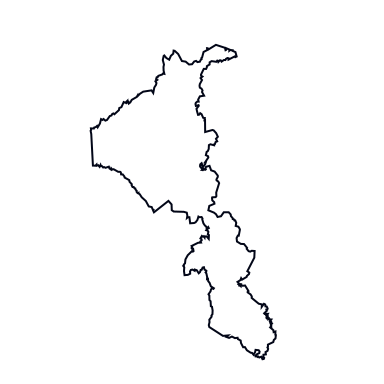 Zapotiltic, Jalisco, Mexico (Equal Earth projection), rotated 12°
{"feature_id": "50627088B15187841007732", "entity_name": "Zapotiltic", "entity_type": "district", "adm_level": 2, "iso_a3": "MEX", "parent_name": "Mexico", "parent_adm1": "Jalisco", "projection": "equal_earth", "projection_center": [-103.32, 19.618], "detail": "fine", "context": "isolated", "style": "outline", "palette": "ink", "viewbox_px": 384, "rotation_deg": 12, "n_neighbors": 0, "source": "geoboundaries", "source_scale": "gbopen_adm2", "svg_char_len": 6046}
<svg xmlns="http://www.w3.org/2000/svg" viewBox="0 0 384 384"><g transform="rotate(12 192 192)"><path d="M81.4,156.2L89.6,186.8L92.1,186.3L92.9,185.0L93.3,186.1L94.7,185.3L96.4,186.6L96.9,184.6L97.4,185.5L98.3,185.3L100.0,186.5L100.8,185.9L102.4,186.3L105.4,184.5L106.3,186.1L108.2,186.9L108.2,185.7L109.4,186.6L110.6,186.0L115.6,187.6L117.6,187.2L118.3,187.6L119.0,189.5L120.6,189.2L122.7,190.9L123.1,191.9L128.1,193.4L128.8,195.0L131.5,196.9L131.5,197.9L132.8,199.5L133.9,199.2L134.9,200.3L135.8,200.3L136.2,201.3L137.7,202.4L137.7,203.3L138.9,204.3L139.7,203.9L139.7,204.5L141.3,205.0L143.9,207.6L148.7,210.4L152.7,215.1L155.7,215.1L157.3,217.4L158.0,217.4L157.9,218.3L159.0,219.8L170.8,205.6L174.6,208.4L176.0,214.0L178.2,214.9L188.1,213.1L191.2,213.3L192.4,216.2L192.5,218.4L193.2,217.5L194.7,217.2L196.7,223.0L200.5,221.9L201.8,220.9L203.1,218.2L203.4,214.7L204.6,215.1L206.6,214.5L207.8,215.8L207.7,216.6L209.7,220.3L211.6,222.1L213.3,223.0L213.9,224.7L215.0,224.1L215.3,223.1L215.9,223.8L214.5,225.0L213.9,226.4L215.3,226.5L216.3,227.6L216.3,230.1L217.5,230.6L218.1,234.4L215.6,232.4L213.7,232.8L213.8,233.9L212.7,232.8L212.0,233.5L210.8,232.9L209.9,235.7L211.2,236.3L211.5,237.3L210.5,238.6L211.3,239.6L208.5,240.4L202.8,244.9L203.6,245.7L203.2,246.9L203.9,247.6L204.9,247.3L205.8,249.5L205.2,250.2L204.2,249.9L201.0,254.7L199.6,259.3L200.0,263.2L199.1,264.7L199.4,265.8L198.9,266.2L200.1,267.3L200.6,271.0L202.0,274.9L205.2,273.9L207.2,272.3L206.6,270.1L207.1,268.5L208.5,267.8L211.0,268.5L210.9,267.3L212.9,267.5L215.5,270.1L216.5,268.6L216.7,266.4L217.6,266.1L218.1,263.7L219.3,263.1L220.4,265.3L222.4,266.0L222.5,267.1L222.0,267.8L223.0,268.7L224.5,272.0L224.8,274.1L225.7,273.6L226.4,275.9L228.0,277.1L230.1,280.4L233.4,281.6L233.1,282.3L231.5,281.9L230.8,283.7L230.8,285.3L229.4,288.6L230.5,289.7L231.5,294.0L232.9,295.0L234.2,299.8L235.4,300.1L236.8,303.6L237.4,307.3L236.7,308.8L237.1,309.9L235.5,313.3L236.2,315.7L236.1,318.7L237.0,320.5L252.2,326.3L257.1,324.8L255.7,326.6L258.6,327.0L261.1,325.1L264.4,326.0L266.9,325.1L267.5,326.3L270.5,327.2L271.3,329.5L274.3,333.2L276.0,332.7L278.6,335.4L282.8,337.0L284.2,336.9L286.0,338.4L287.0,335.5L287.0,333.2L290.1,332.9L291.3,334.0L291.3,335.6L289.1,337.3L288.0,339.0L288.3,339.6L289.6,339.2L290.3,339.7L290.8,339.1L292.2,339.9L294.0,338.7L295.7,340.9L296.9,340.4L297.1,339.2L296.0,338.3L295.7,336.3L298.0,335.5L297.2,333.3L298.9,331.7L299.1,329.6L298.1,328.3L298.5,327.7L298.0,325.5L302.7,321.9L302.8,319.7L304.1,317.9L303.8,314.5L303.2,314.3L302.6,311.1L301.0,312.1L300.3,310.2L296.8,308.3L297.6,307.5L296.9,306.9L297.3,306.1L296.2,304.3L297.2,304.8L297.6,303.9L296.7,303.5L296.5,302.7L296.0,303.0L296.0,302.1L295.2,301.7L296.0,300.2L294.0,300.4L293.6,299.7L292.9,300.5L292.1,298.2L291.3,299.9L290.9,299.6L290.9,297.9L290.4,297.4L290.9,297.2L291.5,295.4L288.5,296.2L287.8,295.7L289.8,292.8L289.2,291.6L290.1,291.3L290.2,290.2L288.9,288.5L287.6,288.6L287.0,286.8L285.6,286.4L284.1,289.8L283.7,287.4L280.5,287.4L272.4,283.2L272.2,281.7L270.6,280.0L267.3,278.6L267.2,277.7L267.8,277.1L263.3,272.4L261.1,273.2L259.2,272.5L259.3,274.0L258.2,273.3L257.7,273.7L257.3,273.1L258.1,272.1L256.6,272.3L256.8,271.6L255.2,270.5L257.7,268.1L258.0,266.1L259.2,267.3L263.1,263.7L263.2,262.6L264.8,260.4L264.8,258.9L262.6,258.0L266.6,243.3L265.5,236.7L262.6,237.1L261.4,238.2L259.7,238.1L257.3,236.2L257.5,235.2L253.7,232.1L250.5,232.6L246.3,231.1L245.2,227.8L245.9,225.1L246.8,225.0L246.7,218.9L246.2,218.0L244.6,216.3L241.8,216.1L241.7,213.0L240.2,210.8L239.4,211.0L238.6,210.0L237.5,210.0L237.3,209.2L235.1,207.5L234.5,205.9L232.1,204.2L227.3,205.2L225.4,209.7L222.2,211.1L220.2,208.8L217.8,207.6L211.8,206.5L211.8,202.0L216.4,198.8L215.8,197.3L213.6,196.0L212.8,193.7L212.9,193.0L216.2,192.1L216.7,191.0L215.8,187.5L216.7,177.7L215.5,176.3L213.6,175.5L213.3,174.6L214.1,171.8L213.8,170.6L209.9,167.3L206.2,166.8L203.7,162.8L200.5,164.4L200.2,165.8L200.8,167.0L200.2,167.6L199.1,167.2L198.1,168.4L197.3,168.4L198.4,167.1L197.2,166.1L196.8,167.1L194.7,165.5L195.0,164.9L194.3,164.2L194.4,163.1L195.4,161.8L196.1,162.8L195.9,163.3L197.8,164.8L199.1,162.0L199.3,160.1L198.6,160.3L200.8,154.9L200.3,153.7L197.9,153.1L198.0,149.7L199.0,148.6L199.4,146.4L198.8,142.6L200.1,141.5L203.9,141.7L203.7,140.9L204.4,140.5L204.7,138.2L206.1,137.2L204.4,135.0L205.8,132.6L203.4,129.4L200.4,127.2L199.1,127.1L192.4,130.6L189.8,119.0L189.3,119.2L189.2,117.0L187.5,117.1L185.2,113.9L183.6,113.2L183.0,114.8L181.9,115.3L180.3,112.3L179.1,109.7L180.7,106.3L180.3,105.7L177.9,107.0L177.1,105.2L177.2,104.0L178.3,102.5L179.7,102.2L178.8,100.3L179.8,96.8L183.8,95.3L181.0,92.1L181.2,90.5L179.8,88.9L178.0,88.3L177.3,86.6L177.2,84.8L178.5,80.4L176.7,78.8L178.2,76.9L176.7,76.4L176.4,75.3L177.9,69.1L180.2,68.7L180.6,66.9L180.4,65.8L182.7,63.6L182.3,61.5L184.0,59.9L188.7,59.6L189.4,58.2L189.9,58.2L190.7,59.4L192.0,57.3L192.9,57.3L193.8,58.3L195.8,56.2L197.2,56.0L197.6,54.7L198.8,53.6L199.9,53.6L200.2,54.9L205.6,50.5L206.3,51.1L207.5,50.2L205.4,46.1L202.3,45.5L202.3,44.9L200.0,45.1L199.2,46.0L199.1,44.9L195.4,44.2L195.8,45.9L195.3,46.3L194.3,44.1L184.8,43.1L178.4,49.2L177.5,48.1L176.8,48.2L177.4,50.0L174.2,52.6L173.9,58.3L173.3,59.2L173.8,60.0L172.9,61.3L172.6,62.9L170.3,63.8L168.8,62.9L167.0,63.9L165.5,67.0L162.6,67.9L158.7,65.8L154.9,66.0L149.8,59.9L145.7,57.5L144.6,57.5L144.9,60.6L143.0,63.2L142.2,67.3L139.1,66.3L136.5,64.2L136.0,64.8L136.0,69.0L138.1,73.2L138.1,75.6L139.0,79.2L140.4,82.2L138.9,82.2L138.5,83.2L134.9,85.4L134.5,86.9L133.6,87.1L133.4,89.1L134.7,89.6L133.2,91.3L134.6,92.8L134.5,94.7L133.4,97.6L133.5,103.2L131.3,101.0L123.4,104.0L120.7,106.7L119.1,109.2L118.8,108.6L118.1,110.6L113.9,114.4L113.0,117.2L111.8,118.6L111.0,117.0L109.9,118.1L109.7,116.4L108.2,118.6L106.5,118.2L105.3,123.7L103.4,125.0L103.5,127.1L99.9,132.1L98.8,131.5L97.8,132.2L97.3,133.9L95.8,134.8L93.9,139.2L92.4,140.2L90.3,139.0L89.5,140.1L87.9,139.6L87.7,144.2L86.3,148.3L85.4,147.1L84.4,148.5L82.9,149.3L82.8,150.3L79.9,150.8L80.4,152.3L80.1,153.2L81.4,156.2Z" fill="none" stroke="#020617" stroke-width="2"/></g></svg>